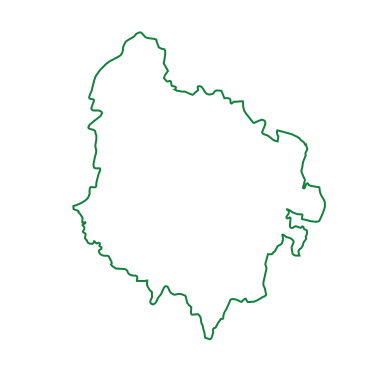 the district of Tan Yen, Bắc Giang, Vietnam, rotated 200°
{"feature_id": "81297802B62704406726497", "entity_name": "Tan Yen", "entity_type": "district", "adm_level": 2, "iso_a3": "VNM", "parent_name": "Vietnam", "parent_adm1": "Bắc Giang", "projection": "natural_earth1", "projection_center": [106.095, 21.389], "detail": "fine", "context": "isolated", "style": "outline", "palette": "green", "viewbox_px": 384, "rotation_deg": 200, "n_neighbors": 0, "source": "geoboundaries", "source_scale": "gbopen_adm2", "svg_char_len": 5930}
<svg xmlns="http://www.w3.org/2000/svg" viewBox="0 0 384 384"><g transform="rotate(200 192 192)"><path d="M306.3,303.9L305.4,301.9L305.2,299.3L305.7,296.6L306.8,294.7L314.3,286.4L316.8,282.4L320.2,274.9L321.7,269.6L322.2,267.0L322.1,263.4L320.9,252.4L321.2,249.3L321.1,246.0L320.8,245.4L320.3,244.9L319.3,244.7L316.4,245.3L315.9,245.1L315.4,244.5L315.3,243.3L315.3,236.5L314.8,235.6L314.2,235.1L313.3,234.9L312.1,235.0L308.1,236.5L306.8,236.8L304.6,236.4L304.0,236.0L303.5,235.2L303.8,232.3L309.0,224.1L311.3,220.0L311.5,217.4L311.3,216.9L310.7,216.5L308.6,216.4L306.4,216.7L305.1,216.6L303.8,216.1L302.9,214.4L301.2,212.3L300.0,209.1L298.8,202.8L298.2,201.4L296.2,198.3L295.4,195.4L295.3,192.3L294.1,184.2L292.5,181.6L291.8,181.2L290.6,181.3L286.7,182.7L286.1,181.8L285.8,180.7L285.9,176.6L285.5,172.3L285.1,168.4L284.1,164.8L284.2,163.8L284.5,163.4L285.5,162.9L288.4,162.2L289.1,161.5L289.2,160.6L288.8,158.2L287.6,155.4L287.6,152.3L287.9,150.5L288.9,148.3L290.6,145.9L293.5,142.5L298.7,138.1L297.4,135.4L292.4,135.3L291.9,135.0L291.7,133.9L289.8,133.2L286.5,130.8L285.9,129.9L284.7,125.9L283.8,125.9L282.2,127.1L281.6,126.6L281.8,125.8L283.2,124.6L283.6,123.8L283.5,123.4L281.5,122.4L281.0,121.9L280.6,120.5L281.0,117.5L280.3,116.9L277.9,116.5L277.3,115.2L277.1,113.5L276.7,111.9L275.4,111.0L274.2,110.5L272.8,109.0L271.9,108.6L270.2,108.5L267.7,109.4L267.2,110.4L267.1,112.3L266.4,112.2L265.4,111.4L263.9,111.1L262.4,112.3L261.2,112.3L260.8,111.7L260.7,111.2L260.7,109.9L260.0,109.4L258.4,109.2L257.9,108.7L257.8,107.6L258.0,107.1L258.9,106.3L259.2,105.8L259.3,105.2L258.9,104.0L258.4,103.4L257.1,102.4L256.5,102.1L254.5,101.9L252.9,102.0L250.0,103.1L248.9,103.2L248.1,102.9L243.7,98.8L243.2,97.8L243.0,97.3L243.1,96.7L243.4,96.3L241.6,95.1L238.2,94.3L237.1,94.1L229.0,96.6L227.5,96.5L226.8,96.3L225.6,95.5L224.6,94.2L222.9,93.3L222.0,93.1L219.6,93.1L216.2,94.2L214.8,93.8L214.1,92.9L213.9,92.3L213.9,91.1L213.4,89.6L206.7,91.9L203.8,93.5L202.8,90.2L202.2,88.8L199.5,86.4L197.6,85.1L195.6,84.4L195.1,83.5L194.6,81.9L193.6,79.6L193.8,76.2L193.7,74.5L193.3,73.9L192.0,73.0L190.2,73.0L188.6,74.7L188.3,75.8L188.0,76.7L187.7,81.0L186.1,85.5L185.7,92.3L185.1,93.9L184.7,94.4L183.0,94.8L182.7,94.7L181.5,93.8L178.7,90.8L176.7,89.7L175.3,89.7L174.1,89.4L173.4,89.4L169.7,91.7L166.6,92.4L163.0,92.3L162.1,91.6L159.4,87.4L158.3,86.0L155.9,84.5L153.3,83.6L151.8,78.5L151.3,77.6L150.5,76.7L149.8,76.8L144.8,79.2L142.7,78.4L141.0,77.0L138.3,72.0L136.1,69.9L134.7,67.4L132.5,64.5L130.3,60.5L129.7,59.6L125.0,59.7L124.2,60.4L123.8,61.7L124.0,67.0L124.3,68.0L125.2,69.4L125.2,70.9L125.0,71.4L123.4,72.6L122.8,77.6L122.4,79.3L121.8,80.8L121.6,82.4L121.3,82.8L120.0,83.1L119.6,83.6L119.6,84.5L120.3,86.9L120.4,89.8L119.6,94.0L119.0,103.5L118.7,104.4L117.7,105.1L115.1,105.9L112.2,106.0L109.0,105.5L107.9,105.7L106.4,108.8L105.6,109.7L105.0,110.0L102.4,107.8L101.7,107.7L96.3,110.1L93.6,112.6L89.4,117.8L88.1,118.8L87.2,120.6L88.2,122.5L90.2,125.8L91.6,127.5L92.4,128.0L93.3,129.5L94.0,131.6L95.7,144.7L96.0,146.0L98.3,149.0L98.6,150.3L99.3,159.6L97.4,160.1L96.3,160.6L95.2,161.6L94.9,163.2L94.0,164.1L93.7,165.0L93.5,167.4L93.2,168.5L93.2,170.1L90.6,173.1L89.9,174.5L90.1,175.4L90.1,178.3L92.4,182.7L91.9,183.0L91.3,183.0L88.1,182.0L83.7,182.3L80.8,181.3L79.8,180.5L79.5,179.7L79.3,179.0L79.5,174.6L79.3,173.6L76.4,168.4L74.8,167.7L73.2,167.6L69.3,169.0L71.6,172.3L71.7,173.9L71.1,175.3L70.2,176.6L69.6,179.9L69.9,182.0L69.8,183.3L68.8,186.5L68.8,187.0L69.7,188.7L69.9,189.3L69.6,191.7L69.8,192.6L70.3,194.0L71.0,195.1L71.7,195.3L73.7,195.5L74.5,195.9L75.5,197.4L76.7,197.3L77.7,195.4L82.2,195.4L83.1,195.2L84.1,194.2L84.8,193.1L85.5,192.5L86.3,192.2L86.8,192.2L87.7,192.6L88.2,193.3L88.6,194.2L90.3,200.7L90.7,201.4L91.3,201.5L91.8,201.3L92.7,200.1L93.8,199.7L94.4,200.2L94.7,200.8L94.7,201.5L93.9,204.3L93.9,205.6L94.6,207.0L95.3,207.7L96.2,207.9L96.6,207.9L96.7,208.3L95.2,208.4L93.3,208.1L90.3,207.3L87.0,207.2L84.2,207.5L81.1,208.6L80.7,208.5L80.4,208.2L80.1,207.4L79.9,205.5L79.8,204.9L79.5,204.3L78.8,204.1L77.5,204.5L70.3,205.2L65.6,206.3L63.1,207.6L62.5,208.4L62.0,214.1L61.8,219.7L62.0,223.5L63.7,227.9L65.7,230.0L68.9,232.6L70.2,233.8L72.0,236.2L74.0,240.0L81.7,238.5L84.6,238.5L85.7,239.5L86.6,239.6L87.1,239.1L87.4,238.5L87.5,234.4L88.0,233.7L89.0,233.8L89.3,234.9L89.9,241.6L90.5,242.6L92.9,244.9L96.3,248.8L96.6,249.9L96.8,252.9L97.6,256.4L97.9,258.8L97.7,264.7L97.9,265.7L98.5,266.7L98.7,267.9L98.3,271.0L98.3,271.8L101.0,275.3L101.1,274.8L102.2,275.3L103.3,276.6L104.6,277.2L107.8,278.1L109.3,279.2L112.4,279.9L118.1,280.4L128.3,279.6L132.9,279.1L132.9,278.5L132.8,277.8L131.8,275.6L130.7,274.4L129.9,274.0L128.9,268.8L132.8,268.6L134.4,269.0L138.7,270.6L141.1,271.0L143.3,270.9L144.6,271.0L145.6,271.2L146.4,272.0L146.6,272.7L146.3,279.0L146.5,281.5L146.9,282.3L147.7,283.4L148.3,283.8L150.4,284.0L151.1,283.8L153.9,281.5L157.3,278.1L158.2,278.1L168.4,284.4L170.9,286.4L173.4,290.2L174.3,292.8L175.2,294.6L178.0,293.6L180.8,292.1L183.3,291.3L184.0,290.5L184.9,288.7L185.7,288.7L186.0,288.8L186.3,289.3L187.7,292.1L188.5,292.6L190.3,292.5L193.6,291.2L199.0,297.2L203.2,296.0L204.4,295.2L205.0,294.4L205.4,292.9L206.0,291.4L208.6,289.7L209.9,289.4L211.3,289.3L212.7,289.7L213.7,290.2L217.6,293.3L218.8,293.9L219.6,294.2L221.6,293.9L222.5,293.1L222.6,292.4L221.3,290.3L221.1,289.7L222.7,287.3L224.2,284.0L224.7,283.6L227.1,283.5L233.0,283.9L235.8,282.9L241.3,282.0L243.3,282.4L243.0,282.7L242.7,283.4L242.9,284.8L243.3,285.1L244.0,285.3L246.7,284.8L247.7,285.3L249.6,288.5L250.1,288.8L251.2,288.7L252.3,287.6L252.9,287.4L254.1,287.6L257.3,289.4L257.4,292.4L256.0,297.5L262.7,303.4L263.2,307.1L264.2,312.0L265.3,315.2L266.7,316.7L269.5,316.2L272.7,316.5L273.2,317.3L276.4,320.8L277.7,323.0L280.2,322.9L285.4,321.7L287.6,321.5L288.8,321.6L293.3,324.0L294.5,324.4L295.5,324.2L296.3,323.7L298.4,321.6L299.4,318.8L300.2,317.5L304.3,312.7L305.4,311.0L305.9,309.9L306.3,303.9Z" fill="none" stroke="#15803d" stroke-width="2"/></g></svg>